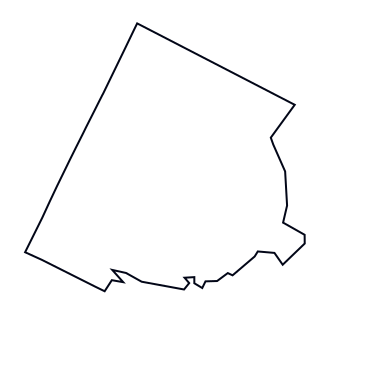 the district of Lincoln, Tennessee, United States of America, rotated 116°
{"feature_id": "52423323B92383596242389", "entity_name": "Lincoln", "entity_type": "district", "adm_level": 2, "iso_a3": "USA", "parent_name": "United States of America", "parent_adm1": "Tennessee", "projection": "equal_earth", "projection_center": [-86.542, 35.181], "detail": "fine", "context": "isolated", "style": "outline", "palette": "ink", "viewbox_px": 384, "rotation_deg": 116, "n_neighbors": 0, "source": "geoboundaries", "source_scale": "gbopen_adm2", "svg_char_len": 779}
<svg xmlns="http://www.w3.org/2000/svg" viewBox="0 0 384 384"><g transform="rotate(116 192 192)"><path d="M90.4,315.1L142.6,315.0L143.0,315.0L144.2,315.1L145.9,315.1L151.5,315.2L160.4,315.3L160.5,315.3L180.8,315.6L186.3,315.6L195.0,315.7L202.6,315.8L216.0,315.9L221.2,315.9L245.9,315.9L262.6,315.7L280.7,315.3L319.3,315.6L318.8,297.4L319.5,237.5L319.5,227.0L306.4,225.4L303.2,214.3L297.0,229.5L293.7,215.8L294.7,197.9L283.1,156.4L275.1,154.6L272.3,161.1L267.5,152.6L273.0,149.9L273.8,140.7L266.4,140.7L261.0,130.4L249.2,124.3L249.1,119.0L222.5,107.4L216.6,106.8L210.6,91.2L217.6,78.6L188.9,68.1L181.1,72.0L179.6,96.7L162.5,100.6L132.7,117.3L113.7,139.8L108.6,145.0L68.6,137.9L64.5,315.2L72.2,315.2L90.4,315.1L90.4,315.1Z" fill="none" stroke="#020617" stroke-width="2"/></g></svg>